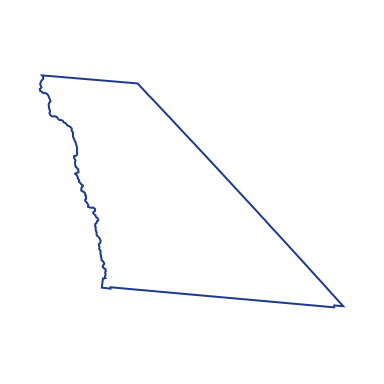 the district of Inyo, California, United States of America, rotated 5°
{"feature_id": "52423323B89293656609241", "entity_name": "Inyo", "entity_type": "district", "adm_level": 2, "iso_a3": "USA", "parent_name": "United States of America", "parent_adm1": "California", "projection": "robinson", "projection_center": [-118.035, 36.626], "detail": "fine", "context": "isolated", "style": "outline", "palette": "blue", "viewbox_px": 384, "rotation_deg": 5, "n_neighbors": 0, "source": "geoboundaries", "source_scale": "gbopen_adm2", "svg_char_len": 2566}
<svg xmlns="http://www.w3.org/2000/svg" viewBox="0 0 384 384"><g transform="rotate(5 192 192)"><path d="M352.6,292.6L350.4,290.5L348.3,288.6L341.9,282.7L332.1,273.5L331.4,272.8L327.3,269.1L325.2,267.2L306.6,249.9L306.2,249.6L290.4,235.0L277.5,223.2L277.0,222.9L265.9,212.5L264.6,211.4L260.4,207.5L213.3,164.7L206.6,158.7L199.9,152.6L196.4,149.5L188.4,142.2L186.2,140.4L175.0,130.3L162.3,118.8L162.2,118.8L158.1,115.1L154.0,111.5L143.9,102.4L140.6,99.7L128.4,88.6L32.4,88.9L32.9,89.5L33.7,90.4L34.0,92.2L32.7,93.7L31.7,95.6L31.4,98.3L32.6,99.9L32.9,101.0L31.4,102.6L31.9,104.5L33.9,105.3L35.4,106.5L37.1,106.1L39.4,107.2L40.7,108.9L41.6,110.7L42.6,112.6L43.2,114.2L42.0,115.5L41.5,117.6L42.2,119.4L42.0,120.8L42.9,122.1L43.6,124.0L43.1,125.8L43.9,127.3L45.5,128.7L47.3,128.9L48.4,128.5L49.3,128.6L50.3,129.1L50.7,129.0L51.2,129.5L51.4,129.9L52.2,130.8L53.6,131.8L55.8,131.8L57.1,132.3L58.1,133.8L60.1,134.4L61.8,136.4L64.9,137.6L66.7,139.2L66.7,141.3L68.2,143.1L68.4,145.0L68.5,146.9L70.2,150.2L71.9,153.2L73.0,156.2L73.9,158.8L73.8,161.1L73.9,162.4L74.3,163.7L73.9,165.6L72.3,166.3L71.4,166.5L71.4,168.0L72.1,169.0L72.8,170.1L73.2,170.9L73.0,172.0L72.9,173.2L73.2,174.8L73.6,176.2L73.9,177.0L74.4,177.1L74.5,177.4L76.7,179.3L77.2,182.2L73.9,183.9L74.0,184.1L75.4,185.0L76.4,186.2L77.1,187.6L76.9,188.1L77.3,188.8L77.8,189.3L78.6,190.3L78.5,191.7L79.8,192.6L80.8,193.8L82.0,194.8L82.8,195.0L82.6,196.3L81.8,196.7L81.5,197.8L81.7,198.6L81.4,199.3L81.6,200.2L83.1,201.1L84.5,201.5L85.6,202.6L85.9,203.4L85.7,204.0L86.0,204.7L86.6,204.8L86.9,205.9L86.9,207.0L87.1,208.0L86.3,208.9L86.3,210.0L87.2,210.9L88.3,212.0L89.3,213.2L89.9,214.6L89.7,215.3L89.7,215.9L90.5,216.0L92.1,216.4L93.5,216.5L94.3,216.2L95.4,216.2L95.8,216.7L96.7,217.2L97.1,218.5L96.8,219.6L95.9,220.2L95.3,221.3L95.6,222.0L96.8,222.9L98.1,224.0L98.7,225.6L100.0,226.1L100.9,227.3L101.1,228.0L100.7,229.0L99.8,229.4L99.6,231.3L98.5,232.0L98.5,233.3L98.3,234.3L99.1,235.5L99.3,238.0L99.8,239.3L100.6,240.6L100.4,241.7L100.9,243.4L101.9,244.2L102.8,245.0L103.8,245.8L104.5,247.3L105.2,248.4L105.3,249.6L104.7,250.9L103.8,252.1L104.1,253.3L104.6,255.2L104.5,257.1L105.5,257.9L106.2,259.3L106.1,260.6L106.4,262.2L106.9,263.0L106.7,263.7L107.3,264.8L107.4,265.4L107.7,266.7L107.9,268.0L109.2,268.6L110.7,270.4L110.8,271.5L110.5,271.8L110.3,271.9L109.5,273.9L110.7,275.7L112.2,276.0L113.1,278.2L112.4,279.5L113.2,281.9L112.5,283.9L113.3,285.4L110.8,286.0L110.5,295.1L119.2,295.4L119.1,294.0L149.0,294.1L249.7,294.3L343.6,294.5L343.6,292.6L352.6,292.6Z" fill="none" stroke="#1e3a8a" stroke-width="2"/></g></svg>